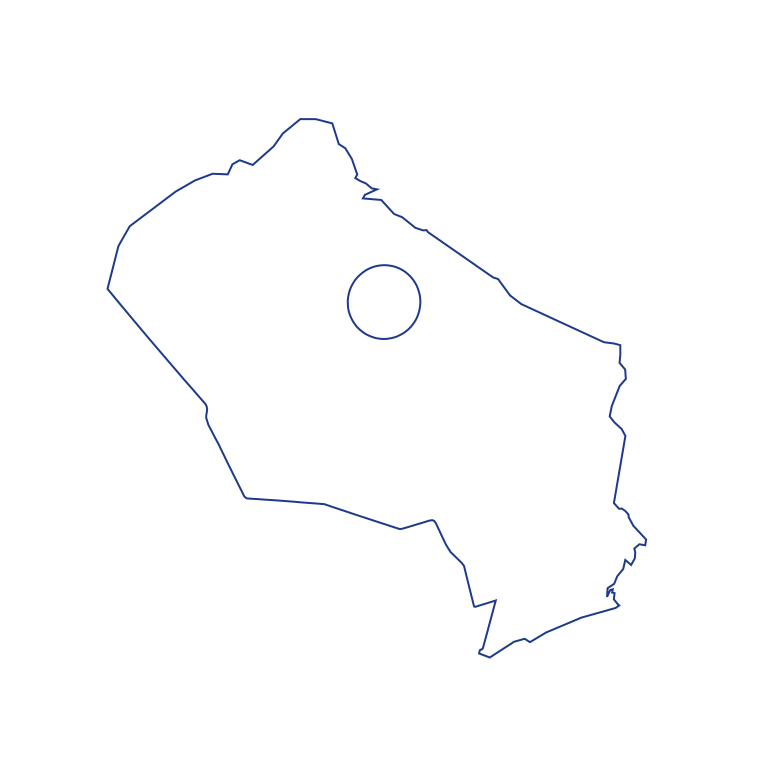 Qyzylorda, Albers equal-area conic projection, rotated 13°
{"feature_id": "KAZ-3197", "entity_name": "Qyzylorda", "entity_type": "Region", "adm_level": 1, "iso_a3": "KAZ", "parent_name": "Kazakhstan", "parent_adm1": "", "projection": "albers", "projection_center": [63.953, 45.065], "detail": "fine", "context": "isolated", "style": "outline", "palette": "blue", "viewbox_px": 768, "rotation_deg": 13, "n_neighbors": 0, "source": "natural_earth", "source_scale": "10m", "svg_char_len": 3175}
<svg xmlns="http://www.w3.org/2000/svg" viewBox="0 0 768 768"><g transform="rotate(13 384 384)"><path d="M275.9,526.3L274.6,525.7L273.3,525.1L268.6,519.4L265.1,515.2L261.6,510.9L258.0,506.6L254.5,502.3L250.9,497.9L247.3,493.5L243.8,489.1L240.2,484.7L235.9,479.3L232.4,475.4L229.1,471.5L222.0,463.2L218.4,457.0L217.9,454.9L217.6,450.3L217.3,448.1L216.2,445.7L214.6,443.7L210.7,440.9L205.3,437.0L197.9,431.6L188.8,425.1L178.5,417.5L167.2,409.2L155.3,400.4L143.0,391.3L130.8,382.1L118.9,373.1L107.5,364.5L97.1,356.5L93.2,353.5L94.2,309.3L100.8,287.4L137.7,243.4L154.0,228.2L169.7,217.7L184.6,214.9L186.9,204.0L193.1,198.4L206.8,200.1L223.0,177.3L229.1,162.6L242.9,144.7L257.9,141.3L275.0,141.7L286.0,160.4L293.3,163.0L302.1,172.0L310.8,185.9L309.7,189.8L315.3,191.6L321.1,192.6L328.0,196.1L333.4,195.9L322.8,204.0L321.7,207.9L339.9,205.3L355.6,216.1L364.2,217.4L379.5,224.8L387.5,225.5L390.9,224.5L392.8,226.2L466.3,255.6L471.6,256.1L486.8,269.3L499.9,275.3L588.8,293.8L599.2,292.8L605.5,293.0L607.6,301.9L608.8,310.5L615.7,315.6L618.5,324.6L614.1,332.9L610.9,354.3L611.2,364.8L617.2,369.6L625.7,374.4L630.9,380.3L634.8,448.3L641.1,452.7L643.8,451.9L647.8,453.5L651.6,456.2L652.4,458.8L658.8,466.0L674.4,476.6L674.8,482.4L668.9,482.7L664.9,488.1L666.7,491.5L667.6,497.6L665.5,504.7L658.7,501.2L658.7,510.4L654.5,518.9L653.2,527.0L647.8,532.6L649.2,541.3L650.8,533.8L653.1,532.6L653.2,535.9L655.7,535.9L656.4,542.1L661.1,545.8L663.0,546.8L660.1,550.1L628.9,567.2L597.9,589.6L584.3,602.7L578.4,600.6L568.7,605.9L548.6,626.7L543.5,626.0L537.3,625.2L537.2,622.5L537.4,621.9L537.6,621.3L538.4,620.9L539.1,620.6L539.4,619.8L539.8,619.1L539.9,616.7L540.0,614.3L540.8,592.1L541.6,569.8L532.3,575.2L523.0,580.6L522.4,580.5L521.8,580.5L517.4,571.9L512.3,561.9L508.6,554.6L502.9,543.3L501.5,542.1L500.2,541.0L493.5,536.9L486.7,532.8L483.4,529.5L480.1,526.1L473.0,517.1L465.9,508.0L464.8,507.1L463.7,506.1L462.7,506.0L461.7,505.8L460.5,506.3L459.3,506.7L453.1,510.3L446.7,513.9L440.5,517.5L434.0,521.1L432.9,521.5L431.7,521.8L428.2,521.5L419.2,520.7L410.2,519.9L401.2,519.1L392.2,518.3L382.4,517.4L372.5,516.4L362.6,515.5L352.8,514.5L346.8,515.4L340.9,516.3L335.0,517.2L329.1,518.1L323.1,518.9L317.2,519.8L311.3,520.7L305.3,521.6L301.7,522.2L298.0,522.8L294.3,523.4L290.6,524.0L288.4,524.3L286.1,524.7L283.8,525.1L281.5,525.5L276.1,526.3L275.9,526.3ZM365.4,341.1L369.1,340.9L372.7,340.4L376.3,339.5L379.6,338.2L382.8,336.7L385.8,334.9L388.6,332.7L391.2,330.4L393.6,327.7L395.7,324.9L397.5,321.9L399.0,318.6L400.3,315.2L401.2,311.7L401.7,308.0L401.9,304.3L401.7,300.5L401.2,296.8L400.3,293.3L399.1,289.9L397.5,286.7L395.7,283.6L393.7,280.8L391.3,278.1L388.8,275.8L386.0,273.6L383.0,271.8L379.9,270.2L376.6,268.9L373.2,268.0L369.6,267.4L365.9,267.2L362.2,267.4L358.6,267.9L355.2,268.8L351.9,270.0L348.7,271.5L345.7,273.3L342.9,275.4L340.3,277.8L338.0,280.4L335.9,283.2L334.0,286.2L332.4,289.4L331.2,292.8L330.2,296.3L329.6,300.0L329.4,303.7L329.5,307.5L330.0,311.2L330.9,314.7L332.0,318.2L333.5,321.4L335.3,324.5L337.4,327.3L339.7,330.0L342.3,332.4L345.0,334.6L348.0,336.4L351.2,338.0L354.5,339.3L358.0,340.2L361.7,340.8L365.4,341.1Z" fill="none" stroke="#1e3a8a" stroke-width="2"/></g></svg>